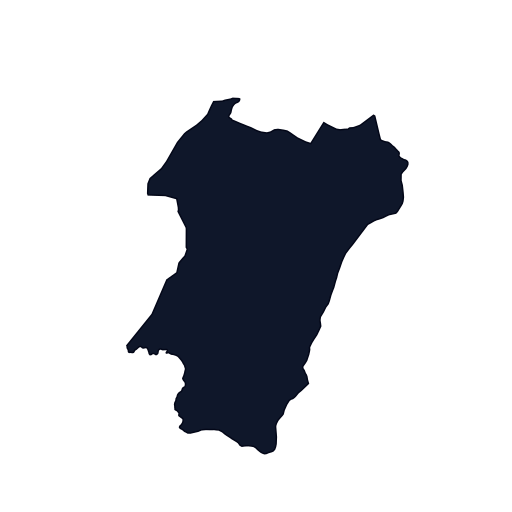 the district of Kota Kotamobagu, Sulawesi Utara, Indonesia, rotated 37°
{"feature_id": "22746128B93986330379000", "entity_name": "Kota Kotamobagu", "entity_type": "district", "adm_level": 2, "iso_a3": "IDN", "parent_name": "Indonesia", "parent_adm1": "Sulawesi Utara", "projection": "equal_earth", "projection_center": [124.319, 0.711], "detail": "fine", "context": "isolated", "style": "filled", "palette": "ink", "viewbox_px": 512, "rotation_deg": 37, "n_neighbors": 0, "source": "geoboundaries", "source_scale": "gbopen_adm2", "svg_char_len": 6076}
<svg xmlns="http://www.w3.org/2000/svg" viewBox="0 0 512 512"><g transform="rotate(37 256 256)"><path d="M308.0,438.4L310.1,436.9L315.2,430.8L317.0,427.7L320.4,424.6L324.2,421.9L327.0,419.7L329.0,418.6L331.0,417.3L335.0,416.6L338.2,416.8L340.8,416.7L344.7,416.4L346.5,416.4L352.2,415.8L354.4,415.8L357.1,416.7L359.2,416.4L361.4,414.2L364.0,412.1L366.5,410.6L368.6,409.5L371.0,409.2L374.1,409.6L376.7,409.7L378.3,409.7L380.2,409.3L381.8,408.8L383.1,407.5L384.1,405.7L385.1,404.3L386.1,403.0L387.0,401.4L387.2,399.2L386.4,396.6L385.2,394.1L381.2,388.3L374.4,380.6L373.7,379.4L373.0,377.4L372.4,374.1L372.5,371.2L372.8,367.7L372.8,365.9L371.2,362.1L369.8,356.0L369.4,351.3L370.1,349.2L371.1,347.8L371.6,346.1L371.9,344.4L372.1,339.8L373.0,336.1L374.6,326.3L371.6,324.0L369.2,321.7L367.6,320.7L366.0,320.1L363.3,318.4L361.4,317.8L359.9,316.5L359.7,314.9L359.6,311.6L359.3,308.8L358.7,307.1L357.3,302.9L355.8,299.7L355.1,298.4L354.4,297.6L354.0,297.3L353.5,296.1L352.6,291.6L352.2,287.6L351.9,282.4L350.8,276.9L349.9,273.1L347.9,271.0L346.0,269.2L345.1,267.9L344.0,265.8L343.4,260.0L342.4,254.8L342.4,250.8L341.5,247.8L339.2,242.0L337.9,237.7L337.0,234.4L334.5,228.2L333.4,224.9L331.5,220.6L330.0,215.4L327.9,209.0L326.8,204.4L325.9,199.9L325.9,193.4L326.1,189.2L326.1,163.6L327.5,160.5L329.0,156.9L330.4,154.4L332.0,152.3L334.3,148.9L335.6,146.2L337.2,143.1L341.8,137.7L342.0,136.9L342.1,135.2L341.9,133.2L341.5,128.6L341.2,126.1L340.3,123.7L338.3,120.3L335.2,116.8L330.2,111.5L326.4,108.5L322.6,103.3L322.5,100.5L323.0,96.4L323.0,95.5L322.7,93.3L322.1,91.4L321.5,90.6L320.8,89.8L319.8,89.4L318.7,89.3L317.4,89.5L316.9,89.8L315.6,90.2L314.5,90.3L313.3,90.5L312.6,90.7L312.0,90.6L310.6,90.4L309.9,90.0L309.4,89.6L309.1,88.9L308.9,88.3L308.3,87.6L307.8,87.2L307.2,87.0L305.6,86.9L305.0,86.7L304.4,86.6L303.8,86.6L302.8,86.3L301.7,86.1L301.0,86.0L300.1,85.9L299.1,86.0L298.6,86.0L296.8,85.7L295.8,85.6L293.6,85.6L292.6,85.9L290.6,87.0L289.5,87.4L288.1,87.8L287.3,88.1L286.8,88.2L285.4,88.2L285.2,88.1L281.2,84.9L266.6,72.8L265.2,72.9L260.7,88.5L260.1,89.7L257.0,94.4L256.1,95.4L254.1,97.1L253.7,97.5L253.5,98.1L253.4,98.5L253.4,99.0L253.3,99.4L253.0,99.6L250.7,101.4L247.3,104.6L243.9,106.4L234.0,108.3L229.9,108.7L232.1,133.3L226.9,135.1L217.8,136.9L208.9,137.2L205.7,137.5L202.4,139.0L197.4,141.7L194.8,144.2L193.1,148.2L190.7,151.2L185.4,154.1L181.1,155.5L174.7,156.7L170.6,157.9L167.9,158.6L163.1,159.9L156.5,161.5L155.3,162.1L155.1,161.9L154.8,161.7L154.2,161.5L153.8,161.4L153.2,161.5L152.6,161.5L151.5,161.6L150.9,161.4L150.7,161.3L150.2,161.0L150.0,160.6L149.9,160.5L149.8,160.0L149.8,159.6L149.7,158.6L149.7,157.7L149.6,157.0L149.3,156.1L148.5,154.5L148.1,153.6L147.3,151.3L147.2,150.9L147.2,150.3L147.2,149.5L147.1,148.9L147.2,148.2L147.3,147.2L147.6,146.3L147.7,146.0L148.6,144.5L149.0,143.6L149.2,142.6L149.1,141.8L148.9,141.1L148.5,140.4L148.4,140.4L147.5,140.7L142.5,144.1L141.5,145.8L137.5,150.3L136.0,152.6L129.3,158.2L130.1,162.8L131.2,167.8L132.2,171.9L131.4,180.5L129.9,187.3L126.0,198.6L125.4,201.4L125.0,212.5L127.8,234.4L128.0,243.0L124.8,257.8L126.3,263.3L131.8,271.2L133.1,272.1L147.2,262.2L158.2,257.9L164.7,263.8L166.4,265.8L167.0,267.3L183.1,275.2L184.0,276.1L195.1,291.0L196.8,291.7L197.1,292.0L197.2,292.3L199.2,298.4L199.3,299.1L199.0,301.8L198.7,307.5L198.9,308.3L202.9,317.0L199.2,328.7L208.1,365.1L206.8,404.6L206.8,405.3L207.0,405.4L207.3,405.6L207.5,405.7L207.7,406.0L208.2,406.6L208.5,406.9L209.4,407.4L209.7,407.5L210.3,407.6L210.5,407.8L210.9,408.3L211.5,408.9L211.7,409.1L212.0,409.3L212.6,409.3L212.8,409.2L213.1,409.0L213.5,408.6L213.7,408.4L214.7,407.9L215.3,407.5L215.7,407.2L215.9,406.9L216.1,406.6L216.1,406.3L216.1,405.9L215.9,404.8L215.9,404.3L215.9,403.9L216.1,403.5L216.2,403.1L216.5,402.4L216.7,401.3L216.9,400.3L217.0,399.5L217.3,398.8L217.8,398.1L218.2,397.7L218.5,397.6L218.9,397.5L219.6,397.5L220.0,397.6L220.6,397.6L221.1,397.4L221.7,397.0L222.2,396.3L223.1,395.4L223.6,395.1L224.1,395.0L224.7,395.1L225.4,395.4L225.7,395.5L226.3,395.8L226.6,396.1L228.7,397.5L229.3,398.1L229.9,398.4L230.7,398.6L231.2,398.2L231.6,397.7L231.8,397.2L231.9,396.5L231.9,396.4L232.1,396.1L232.6,395.6L233.5,395.2L234.1,395.1L234.7,395.1L235.3,395.0L235.8,394.6L236.0,393.8L236.1,393.4L236.1,393.1L236.0,392.6L235.7,392.0L235.2,391.1L234.9,390.2L234.8,389.6L234.8,389.2L234.9,388.9L235.1,388.5L235.4,388.1L235.7,387.7L236.3,387.4L236.7,387.3L237.4,387.2L237.8,387.0L238.2,386.7L238.9,386.1L239.9,385.3L240.6,384.6L241.0,384.4L241.3,384.4L241.6,384.4L241.9,384.6L242.1,384.8L242.2,385.0L242.4,385.4L242.4,385.9L242.4,387.0L242.5,387.2L242.8,387.4L243.0,387.3L243.3,387.0L243.9,386.2L244.3,385.8L244.5,385.7L244.9,385.7L246.9,385.4L247.4,385.3L249.2,384.3L251.1,383.6L252.0,383.3L254.0,383.0L254.8,383.1L258.5,383.9L260.8,384.6L261.3,384.8L262.4,385.4L263.2,385.7L264.6,386.2L267.2,388.1L267.5,388.3L267.8,388.7L268.3,389.8L268.8,391.0L269.4,392.1L269.6,392.7L269.8,393.2L270.5,395.1L270.7,395.9L270.9,396.8L271.0,397.2L271.2,397.8L271.5,398.1L273.0,398.8L273.7,399.0L274.4,399.1L274.7,399.2L275.2,399.4L275.8,399.8L276.2,400.1L276.6,400.5L276.8,400.7L277.5,401.9L277.7,402.4L277.9,402.9L277.9,403.3L277.8,403.6L277.7,403.9L277.4,404.3L277.2,404.9L277.1,405.1L277.1,405.4L277.1,405.6L277.1,406.1L277.2,406.5L277.3,406.9L277.7,407.7L277.8,408.0L277.8,408.5L277.8,409.0L277.7,409.3L277.6,409.9L277.2,410.7L277.1,411.2L277.0,411.4L276.9,412.1L276.9,413.1L276.9,413.5L277.0,414.0L277.1,414.4L277.7,415.8L277.8,416.1L277.9,416.4L278.0,417.5L278.1,417.8L278.1,418.0L279.0,419.5L279.2,420.2L279.5,421.8L279.8,422.5L280.2,423.2L280.3,423.5L281.7,424.9L282.3,425.7L283.1,426.5L283.6,427.2L283.8,427.3L284.2,427.3L285.7,427.1L286.3,427.0L286.7,427.1L288.9,427.7L289.2,427.9L289.5,428.2L290.0,429.3L290.3,429.7L290.6,429.9L291.9,429.9L294.8,429.9L295.4,430.0L295.7,430.1L296.2,430.4L296.6,430.9L297.1,431.8L297.4,432.3L297.6,432.9L297.8,433.7L297.9,434.8L297.9,435.5L297.9,436.2L297.8,436.8L297.6,437.5L297.8,438.4L298.2,439.0L299.4,439.2L301.0,438.9L302.5,438.8L304.5,439.0L306.2,438.6L308.0,438.4Z" fill="#0f172a" stroke="#020617" stroke-width="1.5"/></g></svg>